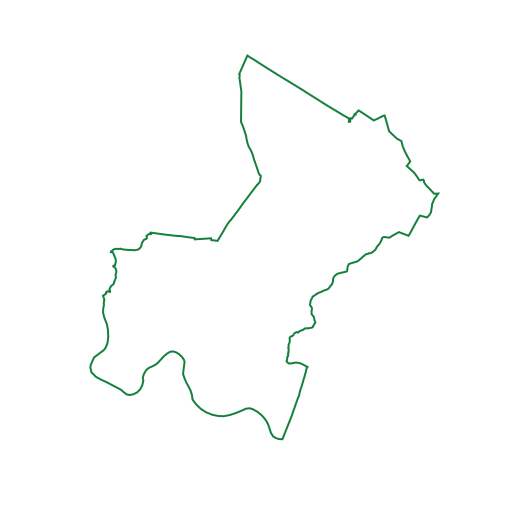 Negri, Bacau, Romania (orthographic projection), rotated 302°
{"feature_id": "2599482B87811792922311", "entity_name": "Negri", "entity_type": "district", "adm_level": 2, "iso_a3": "ROU", "parent_name": "Romania", "parent_adm1": "Bacau", "projection": "orthographic", "projection_center": [26.996, 46.704], "detail": "fine", "context": "isolated", "style": "outline", "palette": "green", "viewbox_px": 512, "rotation_deg": 302, "n_neighbors": 0, "source": "geoboundaries", "source_scale": "gbopen_adm2", "svg_char_len": 6103}
<svg xmlns="http://www.w3.org/2000/svg" viewBox="0 0 512 512"><g transform="rotate(302 256 256)"><path d="M405.5,377.4L403.2,374.1L404.8,368.0L405.8,363.8L406.5,361.8L407.6,359.5L408.0,358.9L408.7,358.7L409.4,357.5L409.0,357.1L408.5,356.3L407.6,355.5L407.2,355.2L406.9,354.6L407.8,352.3L408.7,350.3L410.5,345.9L410.6,345.2L411.3,341.2L412.2,336.2L417.8,336.7L419.2,334.5L420.6,331.8L422.3,329.0L423.5,326.9L424.7,325.3L426.4,322.7L430.5,318.4L430.2,313.3L432.3,302.8L439.4,295.1L441.7,292.5L443.3,290.6L442.6,289.8L442.0,289.4L441.4,289.0L440.5,288.7L439.7,287.9L437.6,286.8L436.1,285.8L433.4,284.1L433.9,266.0L432.8,265.6L432.6,265.7L431.6,265.4L430.7,265.2L429.2,265.1L428.9,265.3L428.9,265.2L428.8,264.8L428.8,264.6L428.6,264.4L428.4,264.5L427.6,264.8L427.3,264.8L426.9,264.7L426.5,264.7L426.0,264.8L425.6,264.8L424.8,264.6L423.7,264.7L423.2,264.0L423.1,263.7L423.1,263.4L422.9,263.2L422.6,263.2L422.2,263.4L421.9,263.7L421.6,263.9L421.1,264.0L419.8,264.7L419.5,264.5L419.4,264.0L419.1,263.9L419.0,263.7L420.8,262.7L421.9,261.6L421.8,259.2L421.6,255.4L421.5,247.0L421.3,235.8L421.4,211.4L421.4,210.5L421.5,209.6L421.2,180.3L421.2,165.8L421.3,157.1L421.4,149.8L421.3,145.7L421.4,142.5L401.2,145.4L401.1,146.0L400.2,146.6L399.2,147.1L398.7,147.2L387.9,156.3L361.7,172.3L359.5,175.6L355.7,180.3L354.4,181.8L353.2,183.3L352.3,184.3L351.4,184.9L349.5,186.7L347.1,189.1L345.1,191.6L344.0,193.5L342.7,195.9L340.8,198.7L339.2,200.6L337.2,202.7L330.4,211.2L327.9,214.1L327.0,215.6L326.8,216.1L326.7,217.2L326.6,217.5L326.1,217.9L325.4,218.1L324.1,218.6L322.5,219.4L321.2,219.9L320.3,219.9L319.2,219.7L317.9,219.5L317.2,219.5L316.8,219.2L292.9,217.1L284.2,216.6L280.3,216.2L272.5,215.5L272.2,215.2L267.9,214.9L262.5,215.0L259.2,215.2L250.9,215.3L248.5,215.4L246.6,211.4L245.8,209.7L247.2,208.5L237.7,195.3L238.7,194.4L235.9,188.4L232.4,180.3L232.0,180.0L229.3,174.6L225.3,166.1L224.0,163.2L220.0,154.2L219.5,154.2L219.3,154.8L219.2,155.3L218.8,155.3L218.4,154.3L217.6,153.4L214.9,152.5L214.1,153.5L213.7,153.8L213.0,154.0L212.5,153.9L211.3,153.0L210.3,152.4L208.8,152.4L207.8,152.3L205.7,152.6L204.3,153.3L202.7,153.5L201.2,153.4L199.1,152.7L196.4,149.9L195.6,148.2L194.4,146.0L193.6,144.8L191.0,139.5L190.4,137.2L189.1,135.8L188.5,134.4L187.8,133.4L187.0,132.5L185.1,131.3L184.3,131.3L183.1,130.6L182.4,130.8L183.2,132.8L179.5,138.0L178.2,139.3L176.8,140.2L173.6,141.3L172.1,140.2L171.4,140.7L171.6,142.3L170.5,144.3L169.0,145.8L167.1,146.5L165.3,147.0L163.6,148.6L160.1,149.3L158.7,149.4L158.2,149.9L157.6,150.0L156.7,150.0L155.4,149.7L154.2,149.2L152.9,149.0L151.8,149.1L149.8,149.5L149.5,149.9L148.9,150.9L148.1,151.2L147.9,150.6L147.8,150.0L147.9,149.5L147.2,148.7L146.6,148.3L145.9,148.1L145.3,148.4L144.8,148.9L141.2,147.3L140.3,148.5L138.6,150.6L135.9,151.6L133.5,153.2L130.4,154.3L126.9,156.4L123.6,159.7L119.0,165.9L114.0,170.3L108.8,173.7L103.4,176.2L98.7,177.1L95.6,176.8L84.0,172.4L75.9,173.6L73.8,174.5L70.2,178.0L68.7,184.4L69.0,189.6L69.8,196.4L70.7,207.6L71.0,212.1L70.4,216.1L70.1,219.7L71.1,222.4L73.5,225.1L77.4,227.5L81.5,228.4L85.9,228.1L90.6,226.5L92.9,224.4L97.0,223.4L101.1,223.4L104.3,224.4L107.1,226.3L110.4,228.3L113.0,229.3L122.1,231.0L126.1,232.3L129.0,233.8L130.9,235.8L131.9,239.0L132.0,242.6L131.2,246.7L129.7,250.1L127.9,251.8L122.9,254.0L117.2,256.7L114.6,260.0L111.8,263.9L109.5,268.0L107.3,271.7L104.2,275.3L101.1,278.0L100.7,278.1L98.4,284.0L97.1,290.2L97.0,296.5L97.7,300.3L98.2,303.1L99.9,307.6L100.6,309.3L103.0,313.5L107.4,318.2L113.0,322.8L117.9,326.2L121.3,328.5L123.5,331.3L124.4,334.7L124.6,340.0L124.0,345.0L123.0,348.4L121.9,351.5L119.8,355.2L117.4,358.3L113.9,362.4L112.1,366.1L112.1,369.3L112.9,372.4L114.6,375.5L139.9,370.9L143.1,370.1L158.3,366.7L159.8,366.7L164.2,365.1L167.1,364.3L169.0,363.9L173.9,362.6L176.3,361.8L179.4,361.1L180.9,360.5L182.4,360.2L184.8,359.4L186.0,358.9L187.7,358.5L188.2,358.4L189.2,358.5L188.7,351.6L188.6,351.0L188.4,350.2L187.6,347.9L187.0,346.9L186.4,345.8L184.9,344.2L183.2,342.5L183.2,342.1L182.6,341.3L182.2,340.6L182.3,339.8L182.9,337.7L184.0,337.5L184.7,337.3L185.3,337.0L186.1,336.4L186.8,336.2L187.5,336.0L188.3,336.2L188.7,336.0L189.1,335.8L189.5,335.2L189.8,335.0L190.3,335.0L190.6,334.8L190.9,334.7L191.2,334.8L192.0,334.2L192.9,334.0L193.7,333.3L194.8,332.7L195.2,332.1L195.4,331.9L196.6,331.6L197.2,331.3L198.1,330.6L199.6,330.5L201.9,329.7L202.4,329.3L203.0,328.8L204.1,328.1L204.4,327.9L205.4,327.9L206.1,328.3L206.7,328.5L207.2,329.1L207.5,329.2L208.5,329.6L209.5,329.5L210.6,329.5L211.8,330.0L213.0,330.8L213.3,331.5L213.2,331.9L213.5,332.4L214.9,332.6L215.3,332.8L216.6,333.7L217.3,334.3L217.8,334.7L218.4,334.9L218.7,335.1L218.8,335.3L219.8,335.6L220.8,336.2L222.1,338.2L223.8,340.3L224.6,341.0L225.2,341.6L225.7,341.9L226.1,341.8L226.7,341.6L227.1,341.6L228.6,341.7L229.0,341.5L229.3,341.4L230.8,341.6L231.1,341.5L231.6,340.9L232.7,339.5L233.4,338.8L234.5,337.9L235.0,337.3L235.1,336.9L236.0,334.5L236.2,334.0L236.5,333.7L237.4,333.2L238.9,332.2L239.8,331.9L241.3,331.2L241.8,330.4L242.4,329.5L242.5,329.0L242.8,328.1L243.4,327.5L246.0,326.5L247.0,326.0L247.6,325.9L249.4,325.9L249.9,325.8L250.5,325.8L251.3,325.6L251.8,325.6L252.5,326.1L254.0,326.8L255.3,327.2L255.6,327.4L256.2,327.6L256.3,327.8L258.6,329.0L260.0,330.3L261.2,330.9L263.3,332.4L265.6,334.2L266.3,334.6L267.9,334.9L269.3,335.1L269.9,335.0L270.8,335.0L271.3,335.3L271.7,335.4L272.3,335.4L272.9,335.2L273.7,335.1L275.0,334.8L277.8,333.4L279.4,333.2L281.4,333.4L283.9,334.4L285.1,335.3L286.5,336.9L287.5,337.6L288.8,339.1L291.1,341.2L292.0,341.0L295.7,339.3L298.6,339.1L301.6,341.7L305.2,344.9L310.9,346.8L312.0,346.9L313.2,347.5L315.6,348.2L317.0,349.8L317.8,349.9L319.1,351.7L321.4,352.9L324.4,353.9L327.8,353.7L332.1,354.3L335.3,354.1L337.1,353.8L337.7,353.5L338.1,353.4L339.3,353.9L340.1,354.7L342.1,359.3L347.5,362.0L352.0,364.6L354.0,374.7L360.7,374.4L367.8,373.9L377.0,373.5L377.3,374.2L379.4,380.7L379.6,380.7L382.1,381.2L383.5,381.4L384.5,381.3L385.6,381.2L386.9,380.8L387.8,380.3L390.7,379.2L393.0,378.0L394.1,377.7L395.6,377.6L396.4,377.4L397.0,377.2L398.7,377.0L405.5,377.4Z" fill="none" stroke="#15803d" stroke-width="2"/></g></svg>